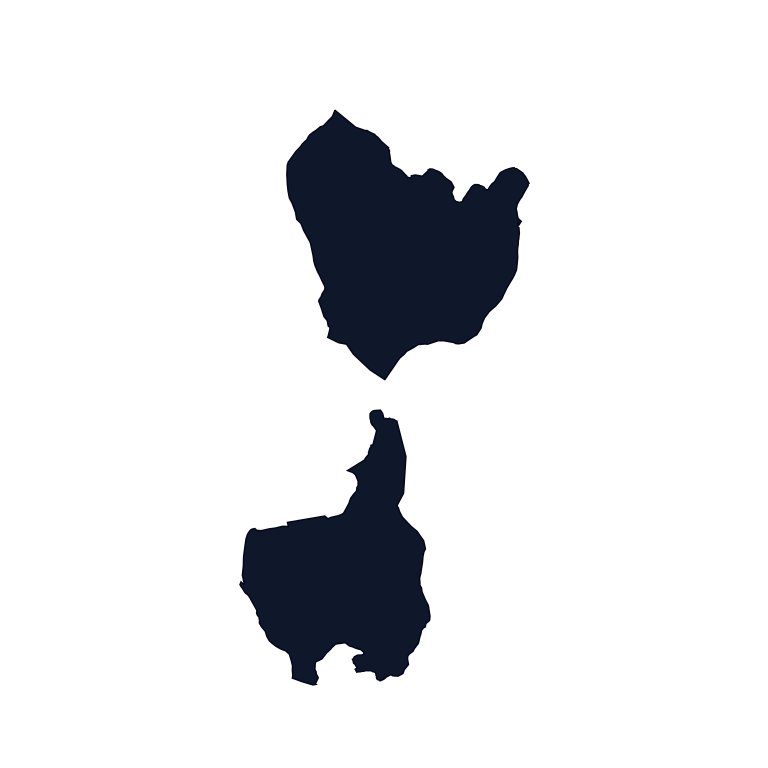 outline of Assuit, Asyut, Egypt, rotated 242°
{"feature_id": "37247803B81923803494172", "entity_name": "Assuit", "entity_type": "district", "adm_level": 2, "iso_a3": "EGY", "parent_name": "Egypt", "parent_adm1": "Asyut", "projection": "robinson", "projection_center": [31.15, 27.164], "detail": "fine", "context": "isolated", "style": "filled", "palette": "ink", "viewbox_px": 768, "rotation_deg": 242, "n_neighbors": 0, "source": "geoboundaries", "source_scale": "gbopen_adm2", "svg_char_len": 6160}
<svg xmlns="http://www.w3.org/2000/svg" viewBox="0 0 768 768"><g transform="rotate(242 384 384)"><path d="M648.5,469.3L648.4,468.8L644.4,464.1L642.0,456.6L640.3,451.6L641.0,448.5L639.9,443.5L639.5,439.1L638.8,435.3L637.8,433.3L635.9,430.6L635.2,427.9L634.2,424.5L632.8,421.8L630.5,415.1L626.8,407.6L624.8,403.6L622.5,401.3L614.6,396.6L609.0,394.0L605.4,392.3L598.8,389.7L592.7,387.8L586.8,387.8L577.4,386.6L570.5,384.3L564.7,386.1L557.0,385.2L543.5,385.4L530.9,381.8L525.5,379.8L521.2,378.8L513.8,378.1L509.3,378.1L504.6,377.8L499.0,377.6L496.9,377.2L495.1,376.1L492.9,372.1L490.3,369.1L489.0,366.5L487.9,365.3L480.4,364.3L471.6,362.7L466.7,363.7L461.4,362.0L459.2,362.9L457.4,361.6L452.9,357.6L451.6,356.2L441.7,363.4L437.5,368.7L436.7,369.6L426.6,370.8L424.6,371.0L423.9,371.3L414.3,374.5L402.8,378.4L393.5,383.5L387.5,386.8L398.4,407.7L399.5,410.1L400.2,412.9L400.8,415.8L402.2,419.3L402.4,428.0L402.8,432.7L401.6,435.5L400.1,439.0L398.7,441.1L398.1,444.6L396.7,452.4L394.0,457.3L390.7,461.5L388.0,465.0L386.0,466.4L384.6,468.5L382.6,474.1L383.2,479.0L383.9,486.1L383.9,488.9L384.7,490.3L387.9,496.0L391.2,498.8L395.2,503.7L398.5,510.8L399.2,513.6L400.5,519.2L403.8,527.7L405.8,530.4L406.5,531.2L411.2,537.6L417.2,547.5L419.1,550.3L422.5,554.5L427.8,558.1L433.2,561.6L436.5,563.1L438.8,564.3L442.5,566.6L443.2,567.3L447.8,570.1L448.5,570.8L451.8,573.0L453.8,574.4L457.2,575.8L458.5,576.5L459.9,575.8L463.2,578.0L461.2,577.9L463.2,581.5L467.2,580.1L469.9,580.8L473.9,582.2L476.5,582.9L479.9,585.8L481.9,588.6L483.2,590.7L484.5,593.5L487.9,598.5L489.2,600.6L490.5,602.7L491.2,604.1L493.2,605.5L493.2,606.3L500.5,606.3L504.5,605.6L505.2,605.6L511.9,602.1L512.6,600.7L513.8,600.5L514.6,598.6L515.3,595.8L516.0,591.6L516.0,585.9L513.3,581.0L510.7,576.8L510.0,573.2L508.7,570.4L508.0,569.0L506.7,567.6L507.4,565.5L508.0,565.5L508.7,564.8L510.0,564.8L510.7,564.8L512.7,563.4L513.4,562.7L514.7,561.3L515.4,561.3L516.7,559.2L517.4,557.8L517.4,555.7L516.8,553.6L516.1,552.2L515.4,551.4L514.1,548.6L513.4,547.2L512.1,545.1L510.5,541.6L510.1,540.9L509.4,540.2L508.1,538.7L508.8,536.6L508.8,535.9L510.8,533.8L511.5,533.1L514.2,532.4L516.8,533.2L519.5,533.2L521.5,533.9L522.8,535.3L524.8,538.1L529.5,538.1L530.8,538.1L532.2,537.5L533.5,536.8L534.9,536.1L536.2,535.4L538.2,534.7L540.2,534.0L541.6,534.0L543.6,533.3L544.9,532.6L546.9,531.2L548.3,529.8L550.3,528.4L550.9,527.7L552.3,525.6L552.3,523.5L551.6,523.5L550.3,518.5L549.6,516.4L549.6,515.0L550.3,514.3L553.0,510.8L553.7,510.1L555.0,505.9L553.0,504.5L555.0,502.4L555.0,501.7L557.0,501.7L559.0,501.0L564.4,499.6L565.1,498.9L565.7,498.9L567.8,497.5L569.8,496.1L570.4,495.4L571.1,495.4L572.4,494.7L573.8,494.0L575.8,494.0L576.5,494.0L578.5,494.7L580.5,495.5L582.5,496.2L584.5,496.9L586.5,497.6L587.1,498.3L589.8,498.3L590.5,499.0L593.8,497.6L595.8,496.9L599.2,495.6L602.5,494.9L605.2,494.2L607.9,492.8L608.5,493.1L610.6,491.5L612.6,490.0L615.9,487.9L616.5,486.4L619.4,483.8L620.1,483.1L621.9,481.4L622.6,480.8L624.0,479.5L648.5,469.3ZM324.7,311.2L320.4,315.0L317.1,316.2L310.5,315.6L306.6,313.6L305.5,311.7L302.3,309.4L301.1,305.9L298.8,301.0L294.9,296.8L292.1,292.6L288.9,287.7L288.7,284.8L289.3,281.1L291.2,274.2L291.3,271.2L295.2,269.7L307.1,233.8L303.1,232.7L305.9,227.7L307.8,220.4L310.0,214.5L312.1,206.7L314.5,202.9L317.0,202.1L317.9,198.8L317.4,196.7L315.3,192.9L311.9,189.4L303.4,183.2L297.1,178.8L289.5,174.5L281.6,169.2L275.9,167.6L274.3,167.2L273.2,166.0L276.3,164.8L274.5,162.7L272.5,162.7L270.7,163.0L266.4,163.3L264.6,163.5L261.7,164.8L258.5,165.3L254.7,165.3L249.3,165.4L243.6,165.5L241.4,163.9L239.3,163.7L236.9,164.2L233.7,163.1L231.2,161.7L227.2,161.9L221.4,163.1L216.1,162.1L211.3,162.2L207.3,163.6L203.2,165.5L198.2,168.7L194.5,172.0L189.7,173.6L182.8,172.2L178.0,170.9L174.7,168.9L169.0,166.4L167.4,165.0L159.6,172.0L151.7,180.0L150.8,182.9L151.5,182.5L153.0,184.7L153.9,185.9L154.9,187.3L155.8,188.1L156.5,188.1L157.1,188.1L158.1,188.1L159.3,187.9L161.8,188.9L163.8,188.9L164.9,189.2L168.3,191.3L169.4,191.9L170.8,193.5L170.7,194.5L170.5,196.6L170.5,199.4L170.5,200.2L170.8,201.1L171.4,202.1L172.3,204.3L173.3,206.4L173.8,207.6L174.1,209.3L174.6,211.0L175.1,212.8L175.8,214.3L177.1,219.2L176.5,220.6L176.5,221.3L175.8,222.7L175.1,224.8L173.8,228.3L172.4,229.0L169.1,230.4L167.7,231.8L167.1,232.5L163.7,235.3L161.0,238.1L160.4,238.8L158.4,239.5L157.0,240.2L155.0,239.5L155.0,237.4L156.4,234.6L157.0,233.2L157.0,231.8L157.0,231.1L157.0,229.7L155.7,227.6L155.7,226.9L154.4,226.9L153.2,226.5L151.7,226.1L150.2,226.8L147.7,226.8L146.3,227.5L145.7,226.1L145.7,224.7L143.7,224.7L142.3,224.7L142.3,225.4L141.0,228.2L141.0,228.9L140.3,230.3L139.6,232.4L139.6,233.1L137.6,236.7L136.9,238.1L135.6,238.8L134.3,240.2L132.9,240.9L131.6,240.9L130.9,240.2L128.9,240.2L128.2,239.4L126.9,239.4L126.2,239.4L124.9,240.8L124.2,240.8L123.7,241.4L123.5,243.7L123.5,245.8L124.2,248.6L124.2,250.0L124.2,252.8L124.2,253.5L122.2,254.9L120.8,257.0L120.2,258.4L119.5,259.1L119.5,260.5L119.5,261.9L119.5,264.8L122.1,267.6L122.8,269.0L124.8,273.9L129.5,275.4L132.2,276.8L133.5,278.9L134.2,282.4L134.2,283.8L136.2,286.6L136.8,288.1L137.5,289.5L138.8,292.3L140.2,293.7L144.2,297.2L145.5,298.6L146.2,299.3L148.9,301.5L149.6,303.1L150.2,304.3L150.2,306.5L152.9,308.5L153.5,312.0L154.2,313.5L157.5,315.6L161.5,317.0L167.6,319.1L174.2,319.2L182.3,319.9L186.3,321.3L188.3,321.3L189.6,321.3L192.3,322.7L195.7,324.1L199.7,327.7L201.7,329.1L204.6,331.3L208.3,334.1L213.7,337.6L217.0,340.4L219.0,343.2L227.1,345.4L232.4,344.7L238.4,344.0L241.8,342.6L245.1,341.2L255.2,338.4L257.9,337.7L263.9,337.8L267.9,338.5L270.5,338.3L278.3,349.9L309.7,369.3L344.1,377.6L345.1,378.0L345.8,377.2L347.7,376.3L348.7,375.5L349.8,373.7L351.3,372.7L351.3,371.3L352.8,369.2L353.9,367.6L356.1,368.3L358.8,369.0L360.3,368.8L362.5,368.6L363.9,365.6L364.8,363.6L365.1,362.8L365.4,361.1L364.9,359.3L364.4,357.9L362.1,356.6L360.7,355.8L358.8,355.3L358.1,355.2L356.1,354.4L353.4,354.4L351.4,355.1L349.4,355.3L346.4,355.7L335.5,345.7L335.8,344.4L336.0,343.7L334.7,343.0L334.1,341.9L333.7,341.2L333.1,340.5L332.0,339.5L330.7,338.1L329.1,337.5L328.5,336.0L328.0,334.6L327.2,332.8L326.0,331.0L324.7,311.2Z" fill="#0f172a" stroke="#020617" stroke-width="1.5"/></g></svg>